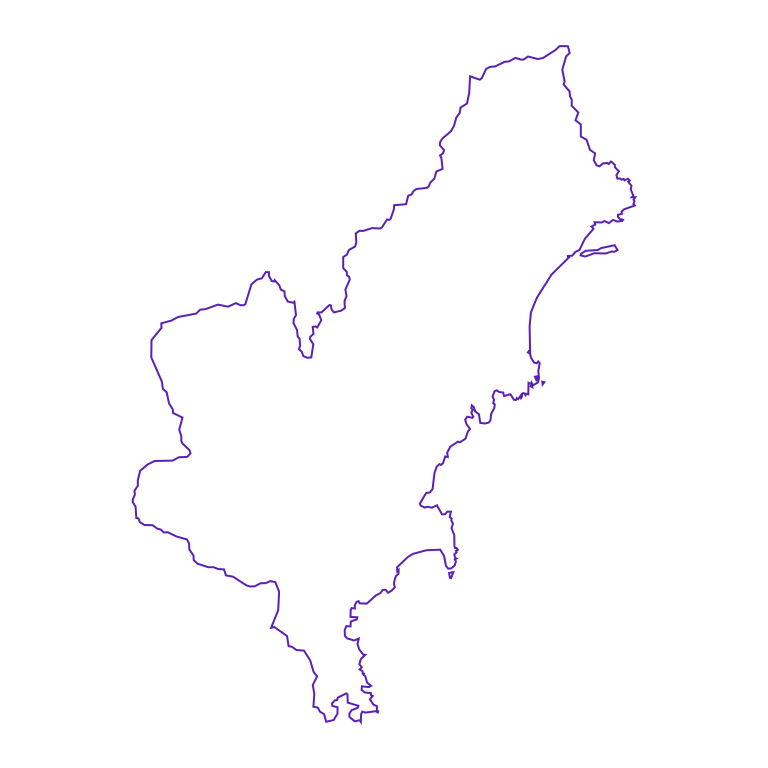 the district of Bolaang Mongondow Timur, Sulawesi Utara, Indonesia
{"feature_id": "22746128B26195600949416", "entity_name": "Bolaang Mongondow Timur", "entity_type": "district", "adm_level": 2, "iso_a3": "IDN", "parent_name": "Indonesia", "parent_adm1": "Sulawesi Utara", "projection": "albers", "projection_center": [124.549, 0.712], "detail": "fine", "context": "isolated", "style": "outline", "palette": "violet", "viewbox_px": 768, "rotation_deg": 0, "n_neighbors": 0, "source": "geoboundaries", "source_scale": "gbopen_adm2", "svg_char_len": 6106}
<svg xmlns="http://www.w3.org/2000/svg" viewBox="0 0 768 768"><path d="M161.3,323.3L161.5,327.8L151.5,340.1L151.3,357.4L161.9,381.7L162.9,388.8L166.7,392.3L169.0,403.3L172.7,409.3L173.1,413.0L182.5,417.6L179.2,429.6L181.4,436.5L181.2,440.4L182.4,443.5L189.4,450.0L190.5,453.4L187.2,456.9L178.7,457.3L172.7,460.6L154.6,461.0L147.7,464.4L140.1,470.9L137.8,480.4L137.9,485.7L134.4,490.9L134.9,494.5L132.8,499.5L132.7,502.1L135.6,506.8L136.3,518.0L138.5,518.4L139.8,522.1L144.5,525.0L152.6,525.2L157.2,528.6L160.9,529.6L163.9,532.5L167.6,532.2L176.5,536.5L186.9,539.4L189.1,543.5L189.3,549.5L193.5,555.5L193.7,560.1L197.5,563.7L208.2,567.2L213.6,567.2L218.1,569.0L224.0,569.4L225.9,575.4L233.0,576.7L246.7,585.5L250.1,586.5L254.7,586.3L260.5,583.3L265.9,583.1L270.3,581.1L275.3,582.1L279.1,591.7L278.2,610.2L271.1,627.8L274.3,627.0L287.1,636.1L288.6,646.2L291.8,646.7L296.4,650.0L304.0,650.6L310.2,660.4L313.6,671.9L317.1,676.3L312.8,685.0L314.3,693.9L313.4,706.7L317.8,707.6L319.9,711.6L324.1,714.2L326.2,721.8L333.7,720.0L337.5,713.6L337.5,707.2L332.4,705.9L331.9,703.6L334.8,700.4L337.0,700.1L337.8,697.6L346.3,693.4L347.5,694.4L347.7,702.6L358.4,705.8L357.7,707.8L351.8,710.1L349.4,713.4L349.5,717.0L354.7,721.3L359.8,720.2L360.8,721.9L361.1,714.2L362.3,711.6L365.5,712.6L375.7,711.2L377.8,712.5L378.2,711.4L376.9,710.4L376.9,706.1L373.6,704.8L369.9,699.4L372.8,696.0L371.1,695.4L370.8,693.0L364.9,692.5L361.6,689.9L362.0,686.3L368.8,687.1L371.1,685.8L367.1,682.7L365.3,676.2L363.7,675.0L363.9,673.7L362.7,673.7L362.6,671.2L359.6,669.5L361.7,667.3L359.4,664.2L360.8,659.1L365.3,654.8L363.2,654.6L359.3,649.5L357.5,644.0L358.8,638.6L354.1,640.5L347.0,638.3L344.9,635.9L344.7,630.0L346.4,626.1L350.5,626.4L350.8,621.5L356.7,619.4L357.3,617.3L350.5,616.9L350.7,609.9L351.6,608.1L354.9,608.5L354.8,605.2L356.6,601.8L358.6,601.2L359.6,603.3L366.8,603.6L376.0,595.3L380.4,593.1L382.7,589.9L385.6,589.8L388.1,592.8L391.8,590.5L394.9,587.1L393.9,583.9L394.8,579.1L396.0,576.0L398.5,573.8L398.6,570.0L397.3,571.3L397.0,567.4L407.5,557.3L412.8,553.9L426.6,550.2L440.2,549.7L444.1,556.0L445.9,565.7L448.1,568.6L450.9,568.5L454.7,565.5L455.9,561.3L454.8,559.5L456.5,558.5L455.1,558.0L454.3,554.3L456.6,552.3L456.0,550.9L457.9,549.8L456.5,548.0L455.0,548.1L454.4,545.9L454.3,535.2L451.5,528.0L453.0,523.8L451.3,520.3L451.7,518.6L449.7,517.1L450.9,511.7L447.3,511.6L445.2,514.1L442.1,514.4L436.9,505.3L432.0,507.7L427.4,506.7L424.9,507.6L420.7,505.6L419.8,503.7L426.1,493.1L429.9,492.4L432.6,489.0L434.4,473.5L436.6,466.8L439.5,464.1L441.0,464.9L443.0,463.2L445.2,456.5L447.8,457.1L447.2,452.6L450.3,446.7L458.0,441.6L459.8,442.3L465.5,438.7L467.8,431.7L470.0,429.0L466.4,423.9L465.2,419.6L467.2,416.7L472.4,417.8L473.3,416.8L471.3,412.7L472.7,410.1L471.4,408.2L471.8,405.4L473.8,407.1L475.3,411.6L478.9,414.2L480.3,422.9L484.9,423.5L488.6,422.6L490.4,420.6L491.2,413.8L494.2,408.2L494.8,404.4L493.3,403.4L494.0,399.7L492.6,396.6L494.5,391.4L496.6,390.3L499.3,392.1L503.2,392.5L504.1,396.1L510.3,394.2L514.0,399.8L515.9,400.0L516.8,398.1L518.2,399.2L522.1,393.5L523.8,393.1L525.6,395.2L526.2,393.7L528.3,394.3L528.5,382.8L531.0,384.1L531.5,382.5L533.1,385.3L538.0,382.4L538.6,379.8L536.5,380.4L535.0,376.7L537.3,376.3L537.5,378.4L539.0,377.9L538.3,371.2L539.7,363.1L538.2,361.5L536.7,363.3L534.0,362.5L531.2,358.0L530.0,353.5L527.9,352.5L528.8,351.1L530.1,352.0L529.6,326.6L530.9,312.5L536.9,297.7L551.5,274.6L569.7,256.7L568.0,257.2L567.8,256.0L572.2,255.7L575.4,251.9L579.5,249.9L585.0,238.6L593.5,228.8L591.5,226.5L595.2,224.6L594.6,222.2L601.6,222.5L604.4,221.0L608.8,223.1L613.1,219.9L617.1,221.5L622.2,221.0L623.0,219.7L619.9,219.1L618.0,216.9L618.0,214.8L621.9,213.8L621.6,211.6L624.1,209.3L634.8,205.5L633.4,204.0L634.5,201.2L633.5,199.8L635.3,197.2L631.8,197.3L633.3,195.6L630.7,189.2L631.5,185.8L628.2,181.8L629.8,180.6L627.9,178.7L624.5,180.4L623.6,178.9L621.5,179.7L620.3,178.5L617.4,178.6L616.4,175.2L618.8,171.3L615.0,167.3L614.8,164.8L611.0,161.5L608.7,164.0L607.2,163.0L603.1,163.4L599.5,166.3L596.6,165.3L593.8,160.3L595.1,153.4L590.0,149.9L586.5,139.7L580.8,136.5L580.8,124.4L575.5,120.3L578.3,112.5L571.7,105.7L571.8,99.8L570.0,96.3L569.5,91.2L563.6,84.5L564.7,81.7L562.3,69.7L566.1,56.4L569.7,53.0L567.9,46.2L559.5,46.1L555.5,50.0L542.8,58.1L537.7,59.0L528.0,56.5L523.7,59.5L521.6,59.7L515.4,57.9L509.1,61.4L504.7,61.8L495.2,66.4L490.0,66.9L486.0,69.1L481.9,78.0L479.8,79.7L470.1,76.3L469.2,92.9L467.0,103.5L460.5,107.6L459.7,113.0L456.3,117.5L454.0,125.9L450.9,131.3L442.4,138.5L440.2,141.9L439.9,145.4L444.1,150.1L442.9,153.5L440.0,155.5L441.4,158.0L442.6,168.8L436.3,171.6L434.4,178.5L430.3,182.7L428.6,186.6L426.6,187.9L416.5,189.0L413.6,190.9L411.6,194.5L408.2,195.7L406.1,204.2L394.2,205.2L393.9,209.2L390.6,218.9L389.3,219.9L387.0,219.5L382.0,227.4L379.8,228.5L372.1,228.1L363.0,231.0L359.6,230.7L355.8,233.4L356.3,242.7L355.0,246.6L349.0,249.9L346.9,254.6L343.2,257.1L343.2,268.1L346.7,271.8L347.1,275.5L349.1,276.7L349.8,279.5L345.4,289.5L346.5,296.2L344.5,301.0L344.9,308.1L341.1,310.7L333.9,312.4L331.6,309.6L330.8,305.4L329.5,305.0L321.4,312.4L317.6,312.4L317.2,313.5L319.1,314.5L321.3,320.2L317.2,327.5L315.5,326.4L312.7,327.0L313.5,334.0L310.3,336.7L310.0,339.1L313.3,344.3L311.3,357.4L307.5,357.8L303.3,356.1L301.8,351.8L298.9,349.2L300.2,345.6L299.6,338.8L297.7,336.6L297.0,329.9L293.5,323.1L293.8,318.8L296.0,315.1L294.4,301.7L293.2,302.8L287.8,301.5L284.8,296.2L284.5,291.4L280.8,289.6L279.3,285.3L274.6,280.1L274.0,281.5L271.7,281.0L268.9,275.9L268.9,272.2L265.8,272.1L261.8,278.3L257.0,279.6L251.4,284.4L245.3,304.3L243.7,305.2L240.3,305.2L235.9,303.1L228.0,306.7L218.0,304.6L205.5,309.1L200.1,309.7L196.1,313.6L178.1,317.0L171.1,320.7L161.3,323.3ZM614.6,245.2L600.8,248.2L598.0,250.0L585.8,250.8L581.1,253.7L580.6,255.4L585.3,256.5L594.4,253.2L605.8,253.5L611.7,251.5L614.2,251.8L617.5,250.1L614.6,245.2ZM453.3,572.1L449.1,573.0L449.9,577.7L451.1,578.1L453.3,572.1ZM542.6,384.4L544.4,382.2L542.3,381.7L542.6,384.4ZM521.0,398.2L521.9,396.6L522.0,395.4L520.3,396.8L521.0,398.2ZM532.0,386.0L530.0,386.0L532.3,387.1L532.0,386.0Z" fill="none" stroke="#5b21b6" stroke-width="2"/></svg>